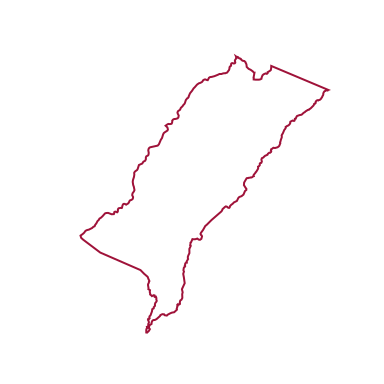 the district of Valle Viejo, Catamarca, Argentina, rotated 23°
{"feature_id": "61730980B26555197201604", "entity_name": "Valle Viejo", "entity_type": "district", "adm_level": 2, "iso_a3": "ARG", "parent_name": "Argentina", "parent_adm1": "Catamarca", "projection": "natural_earth1", "projection_center": [-65.688, -28.627], "detail": "fine", "context": "isolated", "style": "outline", "palette": "rose", "viewbox_px": 384, "rotation_deg": 23, "n_neighbors": 0, "source": "geoboundaries", "source_scale": "gbopen_adm2", "svg_char_len": 6022}
<svg xmlns="http://www.w3.org/2000/svg" viewBox="0 0 384 384"><g transform="rotate(23 192 192)"><path d="M242.1,152.2L242.9,149.4L242.9,148.8L243.2,148.4L243.7,145.0L243.6,144.2L243.2,143.4L242.9,142.9L243.6,141.9L243.8,141.3L243.9,140.7L243.3,139.5L243.4,138.9L243.6,138.6L244.4,138.1L244.4,136.7L243.2,135.0L243.1,133.6L244.2,132.4L244.4,131.9L244.4,131.6L245.2,130.0L245.6,129.7L246.1,129.0L246.9,128.3L246.9,127.2L247.8,125.6L248.5,125.4L249.1,124.3L249.0,123.4L248.3,122.8L248.2,121.7L248.5,121.5L249.6,119.5L251.2,119.1L253.3,117.4L254.1,116.0L254.3,115.3L254.2,112.5L253.8,112.2L253.7,111.9L253.6,110.2L253.4,109.4L253.3,106.7L252.8,105.4L252.4,104.9L252.5,103.4L252.7,102.9L252.7,98.8L253.1,97.5L253.2,96.1L252.8,95.5L253.7,94.1L254.2,93.7L254.9,92.7L255.4,91.5L255.5,90.2L255.1,89.4L255.1,88.8L256.7,86.9L257.5,86.9L258.4,86.5L258.5,86.2L258.1,84.4L258.8,84.0L258.8,81.7L259.0,81.0L260.8,79.3L262.7,78.0L263.5,76.2L263.8,75.5L264.7,74.3L265.0,73.4L265.8,72.4L266.4,71.3L267.4,70.7L267.6,70.4L267.7,69.7L268.1,69.4L268.6,68.5L270.1,64.8L270.1,63.5L270.0,63.2L270.2,62.9L270.6,62.8L271.0,62.0L271.0,61.5L270.6,61.0L270.8,59.5L271.5,58.5L272.5,58.4L272.8,57.8L273.6,57.3L274.4,55.6L274.4,54.9L274.7,53.9L274.6,52.9L274.8,52.1L274.8,51.1L274.4,50.2L274.3,49.3L274.3,48.8L274.6,47.5L274.9,47.1L275.4,46.8L275.7,45.7L277.1,45.6L277.1,45.3L277.6,44.8L215.7,45.0L216.4,46.8L216.9,48.9L216.4,50.0L214.8,52.2L215.2,52.9L214.7,54.0L213.4,54.1L211.9,55.7L211.3,57.1L211.4,59.7L211.7,60.6L210.8,61.7L209.8,62.4L206.5,63.8L204.8,64.3L204.3,62.9L204.0,62.8L202.9,57.8L202.5,58.0L200.8,57.2L198.2,56.6L196.0,56.5L193.5,55.5L192.2,53.2L190.8,52.0L190.7,51.7L189.1,51.0L187.1,51.4L185.3,50.8L185.0,50.4L184.3,50.3L183.9,50.5L183.2,50.5L181.8,49.9L181.4,49.9L181.4,50.4L179.5,50.0L179.8,50.3L180.3,51.6L180.4,52.3L180.1,53.5L180.2,54.6L181.1,55.6L181.3,56.1L181.1,56.8L180.3,57.4L179.0,57.5L178.4,57.8L178.0,58.4L178.0,58.9L178.6,60.5L178.2,61.4L177.8,61.8L178.0,63.3L178.3,63.8L178.4,65.4L178.1,66.4L177.7,68.3L176.1,69.8L175.2,70.1L173.9,71.0L173.0,71.9L171.2,72.6L170.0,74.0L167.4,76.6L165.1,78.4L163.8,79.1L163.0,80.2L162.8,82.9L162.2,83.1L160.1,83.2L159.4,83.7L158.5,85.0L158.5,85.9L158.1,87.0L156.9,88.4L155.9,89.2L154.7,91.1L153.5,94.8L153.0,95.9L152.5,98.8L151.6,101.9L151.6,105.3L151.8,105.7L151.5,107.1L151.0,107.6L150.4,109.8L150.7,112.8L150.6,113.9L150.0,115.4L149.8,116.7L148.9,118.8L148.8,119.6L148.9,120.8L148.5,121.6L147.7,122.7L147.5,123.5L147.6,124.6L148.3,125.5L149.9,126.8L150.3,128.6L150.0,129.8L148.3,131.2L147.2,131.7L146.4,132.5L145.9,134.0L146.4,135.1L146.6,136.3L146.5,137.2L145.2,138.1L143.6,138.6L142.8,139.6L141.8,141.3L144.2,142.2L145.4,143.9L145.4,145.0L143.6,147.7L143.0,148.8L142.9,150.3L143.3,154.0L142.9,156.1L142.9,161.0L142.3,162.7L136.0,167.2L135.4,168.1L135.2,169.4L135.5,170.8L136.9,172.9L137.4,174.8L137.3,175.4L136.0,177.1L136.0,178.0L136.2,178.8L136.7,179.6L136.7,181.5L135.4,183.1L135.1,185.2L132.6,187.9L133.0,192.1L132.9,193.1L131.7,195.1L131.4,195.8L131.3,197.0L132.1,198.5L132.7,200.8L133.0,204.1L133.5,205.9L135.1,208.5L136.4,209.9L138.3,212.7L138.3,214.2L137.8,216.4L138.0,217.6L138.2,218.3L139.7,219.6L140.0,220.4L140.1,221.6L139.4,222.9L138.3,223.8L138.0,224.6L138.0,226.0L137.8,227.3L136.3,229.4L134.9,229.2L134.2,229.4L133.7,229.7L133.3,230.4L133.3,231.7L133.7,233.8L133.6,234.2L132.5,234.5L130.8,235.7L130.6,236.4L130.7,237.3L131.2,238.4L131.3,239.0L131.2,239.8L130.7,240.0L129.6,239.9L128.9,240.1L128.3,241.0L128.7,242.0L128.7,242.9L126.7,243.9L123.1,244.0L121.3,244.8L120.3,245.7L119.1,249.3L118.2,251.3L117.2,252.7L117.1,254.1L116.4,255.7L116.2,258.3L115.7,260.1L115.8,261.1L115.7,261.7L114.9,262.4L114.1,264.2L111.8,266.9L110.2,268.1L109.2,269.3L108.9,270.3L108.7,271.5L107.7,273.6L106.4,275.7L107.9,277.5L110.4,278.4L131.2,283.6L175.1,284.0L179.9,286.0L184.3,287.4L186.2,289.4L187.3,290.3L187.6,290.7L187.4,291.5L187.7,292.2L187.6,294.1L187.9,294.9L189.6,297.6L189.8,298.5L191.7,298.8L192.2,300.6L193.1,301.7L193.5,302.7L195.0,303.1L195.8,303.5L197.0,302.0L198.0,301.8L198.2,302.0L198.4,303.0L199.0,303.2L199.5,303.0L199.8,302.6L200.4,303.2L200.9,304.1L201.1,304.8L202.1,306.0L202.0,307.2L201.6,308.3L201.7,309.8L202.4,311.2L201.8,313.0L202.2,314.1L201.2,315.4L201.8,317.5L202.0,321.9L201.5,322.9L201.6,324.0L202.1,324.4L202.4,324.9L202.0,326.0L201.3,326.1L201.4,326.9L202.0,327.3L203.1,328.5L203.4,329.2L203.3,330.7L203.7,331.0L203.8,331.5L203.8,331.8L204.0,332.7L203.8,333.5L203.2,333.8L203.9,335.0L203.6,335.8L203.8,336.9L204.4,338.2L204.8,339.2L205.6,339.0L206.6,336.6L206.8,334.7L205.6,334.2L205.0,332.1L205.0,331.2L206.3,329.3L205.8,327.8L205.8,326.1L206.3,325.2L206.9,324.7L207.7,324.4L209.0,322.9L211.0,318.7L211.0,317.7L212.4,316.1L214.0,315.5L214.9,316.1L217.1,315.6L217.6,314.4L219.1,312.5L220.5,311.0L222.6,309.6L224.1,306.2L223.5,305.4L223.5,304.2L223.2,303.7L223.3,302.5L222.7,302.0L222.5,301.5L222.9,300.7L223.8,300.9L224.6,300.0L224.4,299.1L223.9,298.4L223.6,296.5L224.4,295.2L224.5,293.3L222.9,289.9L222.6,288.0L220.7,285.4L220.9,278.8L217.9,273.8L215.9,270.8L215.7,268.4L214.7,267.4L214.3,265.9L214.1,264.9L214.3,264.0L214.7,263.5L214.7,263.0L214.1,262.5L214.2,261.7L213.8,261.1L213.8,260.1L214.2,259.3L214.8,259.0L214.2,258.1L214.6,255.2L214.1,254.7L213.5,253.3L213.4,251.8L213.5,249.3L211.8,245.4L211.9,242.1L211.1,241.8L210.9,240.5L210.4,239.2L210.8,238.6L210.8,235.2L212.0,234.9L213.6,234.1L215.1,232.8L216.7,233.2L218.0,232.9L218.9,231.5L218.6,229.0L217.9,228.2L217.2,228.1L216.2,227.3L216.2,226.0L217.0,222.7L217.5,218.1L218.4,216.4L220.9,210.2L226.6,198.5L226.9,197.3L226.8,195.9L228.2,192.8L228.8,192.0L230.1,191.9L231.0,192.3L232.3,192.2L232.7,191.5L232.5,190.2L233.0,188.7L234.1,186.8L234.6,185.3L236.8,182.7L237.0,179.3L237.5,178.1L239.2,176.5L240.4,174.3L240.4,170.4L241.2,168.9L240.8,167.8L239.7,167.2L238.3,166.2L237.1,165.4L236.3,162.9L236.9,158.1L237.3,157.6L238.2,157.3L238.6,156.8L239.9,156.1L240.4,155.6L241.1,155.4L241.7,154.7L242.0,153.9L242.7,153.3L242.3,152.9L242.1,152.2Z" fill="none" stroke="#9f1239" stroke-width="2"/></g></svg>